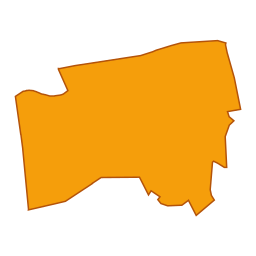 Mutare Urban, Manicaland, Zimbabwe (Natural Earth projection)
{"feature_id": "62879985B34329227357286", "entity_name": "Mutare Urban", "entity_type": "district", "adm_level": 2, "iso_a3": "ZWE", "parent_name": "Zimbabwe", "parent_adm1": "Manicaland", "projection": "natural_earth1", "projection_center": [32.581, -18.995], "detail": "fine", "context": "isolated", "style": "filled", "palette": "amber", "viewbox_px": 256, "rotation_deg": 0, "n_neighbors": 0, "source": "geoboundaries", "source_scale": "gbopen_adm2", "svg_char_len": 1634}
<svg xmlns="http://www.w3.org/2000/svg" viewBox="0 0 256 256"><path d="M233.9,120.8L229.1,116.7L227.5,111.6L240.6,109.3L234.3,77.9L227.4,53.5L227.2,52.9L225.5,44.8L225.9,43.0L217.9,40.7L217.7,40.6L181.0,42.9L171.5,45.5L156.2,50.2L152.8,51.7L140.6,55.6L132.6,56.8L75.1,65.6L59.7,68.6L59.4,68.6L58.4,68.5L58.4,69.1L58.5,69.5L67.9,90.6L63.3,94.1L63.1,94.1L62.8,94.3L62.4,94.4L62.1,94.5L61.7,94.7L61.5,94.8L61.2,94.8L60.8,94.9L60.5,95.0L60.2,95.1L54.8,95.8L54.5,96.0L54.1,96.0L53.8,96.0L53.4,96.0L52.6,96.0L52.2,96.0L51.8,96.0L51.4,96.0L51.0,96.0L50.5,96.0L50.1,96.0L49.7,96.0L49.4,95.9L44.9,94.6L44.6,94.6L44.4,94.6L44.2,94.5L43.8,94.4L43.5,94.4L43.1,94.2L42.6,94.2L42.1,94.1L41.8,94.0L41.4,93.9L41.1,93.8L40.1,93.3L39.7,93.2L39.2,92.9L38.7,92.7L38.2,92.5L37.6,92.3L37.1,92.1L36.6,91.8L36.2,91.7L35.8,91.5L35.4,91.4L34.9,91.3L34.4,91.1L33.9,90.9L33.6,90.8L33.3,90.7L33.0,90.6L32.5,90.6L32.2,90.6L31.9,90.5L31.0,90.5L30.6,90.4L30.0,90.4L29.6,90.3L29.3,90.3L28.9,90.3L28.6,90.3L28.4,90.4L27.9,90.4L27.7,90.4L27.4,90.5L26.8,90.5L26.4,90.5L26.0,90.8L25.7,90.9L25.3,90.9L25.0,91.0L24.7,91.1L24.2,91.2L23.8,91.2L23.6,91.2L23.4,91.3L23.1,91.3L15.4,96.4L15.5,97.1L20.7,133.9L20.7,134.2L20.9,134.4L22.8,149.1L22.8,149.6L28.5,209.2L28.4,209.9L55.7,203.6L65.4,201.3L92.4,183.5L92.3,183.3L101.1,177.5L113.7,177.4L139.5,177.2L148.5,194.9L151.1,190.8L160.0,196.8L157.8,199.6L160.9,203.5L167.6,205.8L181.9,205.2L188.5,200.3L188.6,200.6L196.2,215.4L214.3,200.1L211.4,195.4L210.2,189.7L212.5,162.2L213.6,161.2L217.5,163.1L223.4,166.8L224.3,167.4L226.7,167.4L225.2,136.6L229.3,125.1L233.9,120.8Z" fill="#f59e0b" stroke="#b45309" stroke-width="1.5"/></svg>